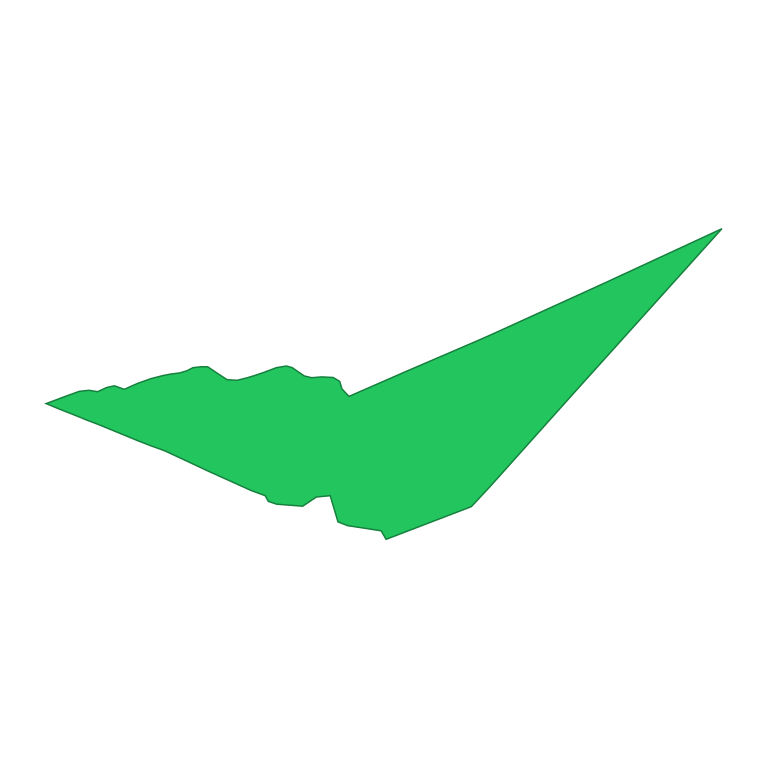 outline of Branquinha, Alagoas, Brazil
{"feature_id": "56859067B15219395707905", "entity_name": "Branquinha", "entity_type": "district", "adm_level": 2, "iso_a3": "BRA", "parent_name": "Brazil", "parent_adm1": "Alagoas", "projection": "orthographic", "projection_center": [-36.101, -9.21], "detail": "fine", "context": "isolated", "style": "filled", "palette": "green", "viewbox_px": 768, "rotation_deg": 0, "n_neighbors": 0, "source": "geoboundaries", "source_scale": "gbopen_adm2", "svg_char_len": 878}
<svg xmlns="http://www.w3.org/2000/svg" viewBox="0 0 768 768"><path d="M386.1,539.3L471.4,506.6L490.4,486.2L572.9,394.1L721.9,228.7L600.3,285.0L495.5,332.7L480.5,339.4L406.6,371.2L349.0,396.4L342.0,389.0L339.7,381.4L333.2,377.5L321.8,376.9L311.7,377.7L304.4,376.0L297.6,371.4L292.4,367.7L286.4,366.0L276.3,367.7L263.6,372.5L254.4,375.6L246.8,377.9L237.2,380.3L227.1,379.7L218.1,373.8L207.7,366.8L201.5,366.7L192.9,367.7L186.8,370.8L179.8,372.9L169.9,374.2L162.8,375.6L150.8,378.7L137.6,383.4L124.3,389.3L114.4,385.8L106.7,387.5L97.6,391.7L89.1,390.3L79.4,391.3L66.9,395.8L46.1,403.6L59.9,409.3L65.9,411.7L78.1,416.5L86.5,420.0L97.9,424.3L138.0,440.8L150.4,445.6L164.9,450.9L209.0,471.5L251.1,490.5L265.2,495.7L268.3,501.4L276.7,504.2L302.7,506.2L316.4,497.0L330.2,495.7L338.0,521.9L347.8,525.7L381.1,530.8L386.1,539.3Z" fill="#22c55e" stroke="#15803d" stroke-width="1.5"/></svg>